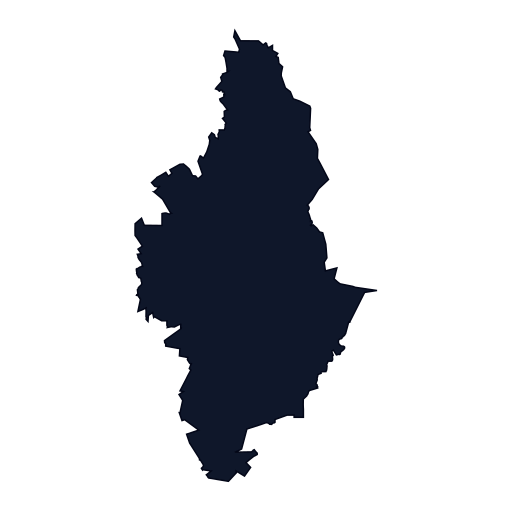 Alamos, Sonora, Mexico (orthographic projection)
{"feature_id": "50627088B7149168530269", "entity_name": "Alamos", "entity_type": "district", "adm_level": 2, "iso_a3": "MEX", "parent_name": "Mexico", "parent_adm1": "Sonora", "projection": "orthographic", "projection_center": [-108.835, 27.083], "detail": "fine", "context": "isolated", "style": "filled", "palette": "ink", "viewbox_px": 512, "rotation_deg": 0, "n_neighbors": 0, "source": "geoboundaries", "source_scale": "gbopen_adm2", "svg_char_len": 5951}
<svg xmlns="http://www.w3.org/2000/svg" viewBox="0 0 512 512"><path d="M285.4,87.9L281.2,75.9L281.3,73.0L282.6,66.8L279.4,63.9L279.2,63.9L279.0,63.7L278.9,63.4L278.2,57.4L275.9,56.5L277.8,53.4L272.5,50.5L272.5,45.4L268.4,47.8L268.2,47.8L267.9,47.6L267.8,47.4L267.7,46.4L266.9,45.5L266.7,44.1L266.6,43.6L265.9,43.0L265.7,42.9L263.1,44.9L258.5,40.9L240.5,40.8L234.9,30.7L233.7,37.0L235.1,39.1L239.5,49.1L238.7,52.3L237.3,52.1L225.0,51.0L223.6,55.6L225.1,57.4L226.0,62.1L227.0,68.2L227.0,71.2L228.6,71.2L227.1,72.4L222.5,74.0L222.6,74.9L220.7,77.3L221.8,81.2L221.6,81.7L216.5,87.4L215.5,88.9L217.8,89.7L219.1,91.0L219.6,91.2L220.8,89.8L222.1,90.4L222.5,91.9L223.8,91.8L224.7,94.6L223.8,94.5L223.9,97.0L219.7,99.0L220.2,100.8L221.3,102.2L223.1,103.9L227.6,110.0L225.5,110.5L224.2,111.4L224.4,117.1L222.5,118.4L226.3,123.1L225.1,124.4L225.3,124.7L225.0,128.0L224.3,130.0L219.2,129.9L219.3,131.8L218.0,134.4L218.3,136.2L218.2,138.8L215.5,137.6L215.1,137.1L214.4,134.7L211.7,132.8L210.3,134.8L208.7,137.0L209.8,140.5L209.6,141.7L209.3,144.3L206.8,151.8L203.6,157.9L202.8,157.6L200.6,155.9L200.1,156.0L198.0,161.2L202.5,174.2L201.8,175.5L197.9,178.9L195.6,176.0L192.5,175.7L189.4,169.2L186.3,166.3L183.9,164.4L183.5,164.0L179.9,164.3L169.9,169.8L170.8,171.4L171.1,171.8L171.9,173.4L168.4,176.3L165.8,172.3L161.2,175.1L156.8,177.5L156.8,177.8L151.5,182.6L154.7,186.3L158.1,187.1L160.2,185.9L155.9,190.3L154.3,191.6L154.1,191.9L153.9,191.9L155.2,192.9L162.6,199.2L170.5,212.7L171.3,213.2L170.8,213.3L169.9,213.8L169.6,214.3L166.4,213.1L165.1,213.0L162.6,213.4L162.0,213.6L162.0,225.5L144.3,225.3L141.5,218.2L135.1,223.7L135.0,231.0L135.1,235.5L136.7,237.6L142.4,246.1L138.0,249.1L141.2,253.7L137.3,254.3L137.6,255.1L137.8,255.4L138.0,256.3L138.0,257.3L138.8,258.9L139.6,260.1L140.0,260.5L141.0,261.8L141.4,262.1L141.9,263.6L142.6,266.4L141.6,266.3L140.2,267.2L139.8,267.1L137.4,268.7L137.0,268.6L136.3,269.1L136.5,271.2L136.8,272.4L136.6,273.6L137.2,274.7L137.4,275.5L138.3,276.5L138.5,277.2L138.8,277.6L140.2,277.9L140.8,278.3L141.3,281.4L141.8,282.3L141.7,282.9L141.7,284.4L138.4,287.6L138.4,288.4L137.5,289.5L137.4,289.7L137.8,293.0L137.7,293.2L138.2,294.4L137.1,294.6L136.7,294.8L136.5,295.3L137.0,295.4L137.4,295.2L137.6,295.5L138.1,295.6L138.4,295.9L138.4,296.3L138.6,296.7L138.9,297.1L139.1,297.4L139.6,297.7L139.8,298.1L139.8,298.6L140.5,299.1L137.9,311.5L142.9,309.5L146.1,307.9L145.9,309.7L146.1,310.7L146.0,316.8L146.5,317.6L146.3,317.9L146.1,319.3L148.0,321.4L148.4,315.5L152.6,312.5L153.7,317.5L154.5,316.7L161.7,320.8L166.9,320.8L166.9,325.0L167.0,325.8L167.6,326.7L167.3,327.5L171.2,326.7L174.4,327.0L178.1,325.1L180.1,324.3L180.8,324.3L180.7,327.8L181.3,327.9L181.2,328.6L164.5,340.6L164.7,342.8L165.7,343.5L165.7,346.1L177.2,348.2L179.9,348.6L179.4,355.9L187.8,357.5L187.4,359.6L189.5,363.0L190.0,363.5L190.3,363.7L191.4,363.7L191.3,364.2L191.1,364.2L191.0,364.3L189.3,368.6L190.9,370.0L187.6,376.1L186.5,378.4L180.0,390.9L183.4,391.6L179.0,394.5L182.7,400.4L180.0,412.8L179.3,412.7L182.0,420.6L184.7,419.7L198.8,430.1L186.6,434.2L189.7,443.2L189.8,443.3L198.9,457.6L199.5,458.8L199.5,459.9L200.6,460.3L203.3,464.7L203.4,466.2L201.6,468.3L201.5,468.2L201.4,468.3L201.5,468.6L202.6,470.1L202.9,469.7L211.2,471.0L206.3,474.8L208.1,477.1L208.0,477.3L208.7,478.0L228.4,481.3L236.4,472.7L236.1,471.0L244.5,476.1L250.6,467.4L246.0,462.6L249.7,459.5L253.9,456.2L254.7,455.9L257.2,454.5L257.2,453.1L256.3,452.4L256.1,452.0L254.8,450.5L254.3,449.7L254.1,449.8L253.4,450.0L252.9,450.7L251.6,451.9L234.8,452.2L235.4,451.9L238.3,450.7L241.6,449.0L246.9,429.0L260.9,424.5L266.3,422.6L266.6,422.8L266.9,422.8L267.0,422.6L269.0,423.5L269.3,423.8L269.5,424.2L271.7,424.4L272.4,423.4L272.7,423.2L273.2,423.0L274.4,422.8L274.8,422.5L274.8,422.2L274.6,421.9L274.7,421.6L275.0,421.7L275.0,419.5L287.2,415.1L294.1,415.1L294.1,417.3L303.4,417.3L303.4,409.0L303.3,407.7L303.2,404.5L303.3,399.1L306.7,395.9L307.1,395.1L307.7,394.3L308.2,393.0L308.4,392.0L308.8,391.3L309.5,390.5L317.4,388.1L316.5,387.1L317.6,386.8L317.4,386.6L317.0,384.7L315.8,383.6L316.4,382.2L317.2,380.0L317.1,378.2L317.6,376.4L318.0,374.5L321.1,373.3L321.0,372.8L321.1,372.3L321.2,372.1L321.5,371.9L321.9,371.7L325.9,371.6L326.1,370.9L326.4,370.7L326.6,369.8L326.8,368.7L326.8,368.2L327.0,366.4L326.9,365.2L326.5,364.1L327.1,363.5L327.6,362.5L327.8,361.9L327.9,361.2L331.5,361.2L332.0,361.0L332.3,360.5L332.5,360.0L332.6,359.8L332.6,358.0L332.4,357.3L332.3,357.1L332.4,356.8L332.4,356.4L332.8,355.8L332.6,355.6L333.2,355.2L332.0,352.2L331.7,351.3L333.4,350.1L336.4,354.9L338.4,354.4L338.7,354.3L339.5,354.5L340.2,354.1L340.3,353.9L340.4,352.7L340.8,352.0L341.2,351.6L343.0,350.2L343.8,349.4L344.5,348.4L344.6,347.8L344.6,347.3L344.5,346.9L344.2,346.6L343.1,346.1L341.9,346.2L341.4,346.0L340.7,345.7L340.0,345.1L339.1,344.2L338.7,343.4L338.4,342.3L338.4,341.7L338.5,340.8L338.6,340.2L339.0,339.6L339.5,339.2L340.7,338.8L341.5,338.6L341.9,338.2L341.9,337.5L342.9,336.8L342.9,336.4L343.4,336.2L343.8,336.0L344.0,335.7L344.3,335.5L344.2,335.3L344.4,335.1L345.0,334.6L345.3,333.6L345.6,333.5L348.7,322.0L349.3,321.8L349.6,322.0L349.3,322.1L349.5,322.2L349.9,321.7L349.8,321.4L350.0,321.4L364.6,292.4L377.0,290.5L355.2,287.3L352.8,286.4L340.0,283.8L337.4,281.8L334.1,278.8L336.9,267.9L325.4,270.9L324.2,262.2L326.9,257.9L325.8,244.2L322.7,232.8L319.5,231.9L316.7,228.0L313.1,224.8L312.4,225.3L311.6,225.8L310.9,225.8L310.6,225.7L310.4,225.4L310.6,224.9L311.2,224.4L311.9,223.6L312.1,223.1L312.2,222.6L312.2,222.2L312.0,221.5L311.7,220.8L310.5,221.2L310.6,220.3L310.6,219.4L309.9,217.4L309.4,215.5L308.8,213.9L307.9,212.0L307.8,211.5L307.8,211.3L308.1,210.9L308.2,210.7L308.2,210.1L308.8,209.4L309.1,208.9L309.1,207.6L308.7,206.6L307.8,205.3L307.3,205.1L312.2,199.4L318.5,188.9L328.5,179.5L320.4,163.9L317.4,158.4L317.8,149.4L316.2,143.7L308.0,131.8L310.5,130.4L309.7,127.7L310.6,108.3L309.8,106.1L299.7,101.1L293.2,98.8L290.3,91.7L285.4,87.9Z" fill="#0f172a" stroke="#020617" stroke-width="1.5"/></svg>